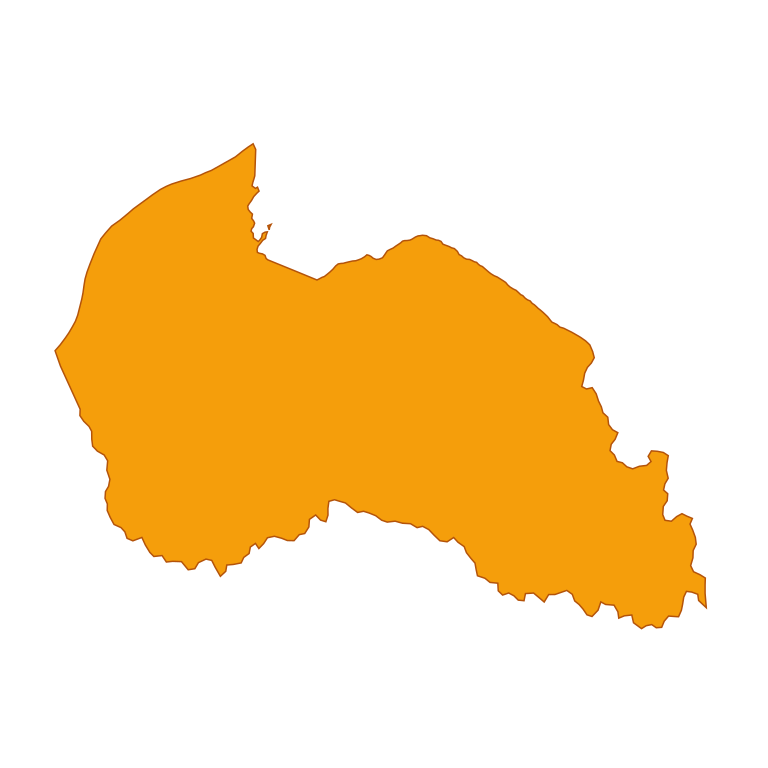 the district of Silves, Amazonas, Brazil, rotated 182°
{"feature_id": "56859067B7747492242143", "entity_name": "Silves", "entity_type": "district", "adm_level": 2, "iso_a3": "BRA", "parent_name": "Brazil", "parent_adm1": "Amazonas", "projection": "natural_earth1", "projection_center": [-58.603, -2.851], "detail": "fine", "context": "isolated", "style": "filled", "palette": "amber", "viewbox_px": 768, "rotation_deg": 182, "n_neighbors": 0, "source": "geoboundaries", "source_scale": "gbopen_adm2", "svg_char_len": 4850}
<svg xmlns="http://www.w3.org/2000/svg" viewBox="0 0 768 768"><g transform="rotate(182 384 384)"><path d="M661.7,532.3L667.7,525.0L672.1,519.1L678.2,504.3L682.1,493.4L684.7,485.5L686.4,478.6L687.2,472.4L688.0,464.6L689.0,458.3L692.5,442.1L694.6,435.9L697.3,430.5L700.7,424.2L704.0,419.0L709.0,411.8L713.9,405.8L708.0,390.7L686.8,348.2L686.8,341.8L682.7,336.2L677.3,331.3L674.5,326.5L674.1,318.6L673.0,311.7L668.1,306.9L661.2,303.3L657.5,297.6L658.0,288.2L654.6,279.2L655.7,272.1L658.6,266.8L658.8,260.0L656.3,254.5L656.2,247.9L654.7,244.8L653.0,241.2L648.9,234.2L641.8,231.3L637.8,227.2L635.4,220.8L629.5,218.5L620.6,222.2L616.9,214.8L612.1,207.5L608.0,203.6L599.8,204.8L595.3,198.5L589.0,199.4L580.2,199.4L573.2,191.5L566.6,192.8L563.2,199.0L555.8,202.8L550.0,201.7L546.4,195.1L540.8,186.1L535.6,191.3L534.8,197.6L528.3,198.4L520.5,200.2L518.1,205.8L512.9,209.9L511.9,216.4L506.9,220.2L503.3,215.2L498.7,220.3L495.1,226.3L488.2,228.0L481.0,226.3L475.1,224.2L468.4,224.3L463.4,230.5L458.0,231.8L454.1,238.5L453.8,246.1L447.7,250.7L442.7,245.8L437.3,244.3L435.4,251.0L435.7,257.7L435.0,264.8L429.4,266.6L424.1,265.2L418.4,263.8L412.0,258.9L405.9,254.7L400.0,256.1L394.2,254.5L387.7,252.1L381.6,247.8L376.0,246.1L368.1,247.3L360.6,245.5L352.6,245.3L345.9,241.6L340.4,243.1L334.2,240.1L328.7,234.7L322.7,229.3L315.4,228.5L309.0,233.0L304.5,228.4L298.2,224.3L295.7,218.3L291.0,212.7L286.8,208.2L285.4,201.6L283.9,195.6L276.4,193.4L271.1,189.4L263.3,188.9L262.6,181.3L258.1,177.2L252.1,179.5L246.8,176.9L242.3,172.7L236.5,172.3L235.8,176.6L235.3,179.5L227.2,180.3L221.3,175.7L216.3,171.7L212.1,179.3L205.8,179.6L194.1,184.1L188.5,180.4L185.8,173.8L181.4,170.5L177.3,166.1L173.1,160.4L168.0,158.9L162.2,165.4L159.7,173.8L154.8,171.4L146.4,171.0L142.3,164.5L141.2,158.2L135.7,160.7L128.3,161.8L126.3,154.1L118.1,148.5L113.5,151.6L108.0,152.9L103.4,149.9L98.0,150.5L95.7,156.7L91.5,162.0L83.5,161.7L81.5,161.7L78.9,168.2L77.9,174.2L77.0,181.5L74.5,187.3L69.2,186.8L63.1,184.8L62.0,178.6L54.1,171.7L55.8,186.0L56.1,194.6L56.1,201.3L61.3,204.3L68.1,207.2L71.2,213.2L69.2,221.0L69.2,228.4L66.4,234.8L67.5,241.6L70.4,248.8L73.3,254.7L71.1,260.4L76.7,262.5L81.7,264.8L86.9,261.7L92.0,256.9L98.4,257.6L100.9,263.2L100.6,271.4L96.9,277.2L96.6,284.2L100.9,287.8L99.8,294.0L96.7,299.7L98.8,307.5L98.4,315.2L97.4,322.3L102.4,325.3L108.5,326.3L114.4,326.5L117.5,320.9L114.4,315.8L118.7,311.8L125.9,310.7L132.5,307.9L138.4,309.7L143.0,313.6L148.4,314.8L151.3,321.1L155.8,325.3L154.8,331.7L151.1,336.8L148.6,343.5L154.1,346.3L158.1,351.3L159.2,358.6L164.2,362.9L166.0,368.8L169.0,374.4L171.6,381.6L175.8,387.6L181.5,386.1L186.3,388.4L184.8,394.8L183.8,401.8L181.3,407.7L177.5,412.2L174.8,417.6L176.6,423.7L179.7,430.3L184.0,434.1L188.9,437.3L191.2,438.6L193.5,439.8L195.9,441.1L198.4,442.4L202.4,444.2L206.3,446.0L210.2,447.0L213.1,449.4L215.9,450.7L218.2,451.6L219.7,453.2L221.2,455.0L222.9,457.0L224.8,458.7L227.3,460.9L230.5,463.5L232.5,464.9L234.6,466.8L236.5,468.4L238.8,469.8L240.8,472.1L243.5,473.1L245.8,474.6L248.4,477.2L250.4,478.0L253.0,480.3L255.2,482.2L258.2,483.5L261.5,485.4L263.8,487.3L265.9,489.7L268.6,491.4L271.5,493.1L274.6,494.9L277.6,496.0L280.8,497.8L282.8,499.2L285.3,501.2L287.0,502.6L289.7,504.8L292.3,505.8L294.0,507.1L295.7,508.8L298.0,509.3L300.0,510.3L302.8,511.5L305.8,511.6L308.7,512.9L311.0,514.8L313.5,516.0L315.3,519.1L318.4,521.8L321.3,522.5L323.5,523.6L325.9,524.4L328.1,525.1L330.0,525.8L332.0,528.5L334.4,529.5L336.9,529.7L340.1,530.9L343.3,531.7L346.7,533.7L350.7,534.0L353.1,533.5L355.1,533.2L357.7,532.0L361.1,529.7L363.1,528.7L365.9,528.2L368.6,528.0L370.5,527.4L372.2,525.7L374.7,523.9L377.1,522.2L379.6,520.2L382.8,518.6L385.3,517.2L386.6,515.2L388.0,512.9L389.9,510.1L393.3,508.6L396.2,508.2L399.2,509.3L401.4,511.0L403.4,512.0L405.6,512.5L407.8,510.5L411.0,508.4L413.6,507.3L416.5,506.2L419.8,505.8L423.6,504.8L426.8,503.9L428.9,503.2L431.1,503.0L434.0,502.4L436.4,500.3L439.1,496.9L442.0,494.0L444.9,491.4L447.4,489.3L449.7,488.4L452.1,487.0L454.6,485.6L475.3,493.3L504.4,504.0L506.2,505.3L507.4,508.4L510.0,509.8L513.1,510.3L515.1,511.1L515.6,514.0L514.7,517.4L512.6,520.0L510.2,523.4L507.5,525.3L507.0,528.5L505.9,532.0L508.2,531.6L510.8,530.0L511.4,526.3L513.2,523.5L514.7,522.0L516.8,523.5L519.6,525.4L520.0,529.9L522.2,532.1L521.6,534.7L520.0,536.6L518.9,540.2L520.0,542.4L522.0,544.9L521.4,549.2L523.8,551.3L525.8,553.7L526.4,557.1L524.9,559.7L522.8,562.8L520.7,566.8L517.6,570.4L515.6,572.4L517.3,576.3L519.3,575.0L522.8,577.4L522.1,581.0L521.3,583.9L520.4,587.5L520.4,613.9L523.2,619.5L528.0,616.1L533.7,611.6L540.4,605.8L564.0,591.4L569.6,589.0L574.7,586.4L584.5,582.6L594.0,579.7L603.2,576.4L608.5,573.9L614.3,570.6L622.1,564.9L626.6,561.3L640.6,550.3L645.5,545.7L653.6,538.5L661.7,532.3ZM504.1,534.0L503.8,536.7L502.4,539.6L505.6,538.1L504.1,534.0Z" fill="#f59e0b" stroke="#b45309" stroke-width="1.5"/></g></svg>